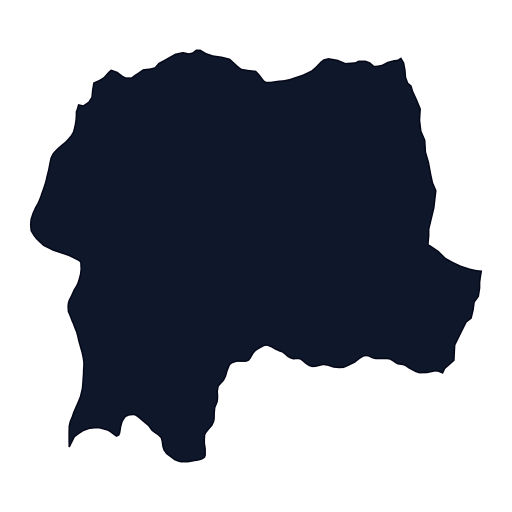 Tsirangtoe, Chirang, Bhutan (Robinson projection)
{"feature_id": "84629894B69953247245699", "entity_name": "Tsirangtoe", "entity_type": "district", "adm_level": 2, "iso_a3": "BTN", "parent_name": "Bhutan", "parent_adm1": "Chirang", "projection": "robinson", "projection_center": [90.098, 27.057], "detail": "fine", "context": "isolated", "style": "filled", "palette": "ink", "viewbox_px": 512, "rotation_deg": 0, "n_neighbors": 0, "source": "geoboundaries", "source_scale": "gbopen_adm2", "svg_char_len": 3713}
<svg xmlns="http://www.w3.org/2000/svg" viewBox="0 0 512 512"><path d="M442.6,372.9L444.7,368.4L453.9,360.3L454.7,345.0L457.8,338.7L462.1,330.0L466.1,322.0L471.1,318.1L473.1,309.8L474.1,302.1L478.3,296.3L479.6,288.0L479.6,282.4L480.3,277.1L481.3,271.2L476.1,270.7L469.1,269.1L460.4,266.2L452.6,262.5L445.2,258.4L438.1,251.4L430.3,246.1L427.9,244.8L428.7,235.6L428.7,229.1L433.8,207.9L435.8,190.7L432.4,182.7L430.6,174.3L428.4,162.4L425.4,152.1L424.7,140.2L420.8,131.2L419.5,120.2L419.9,113.7L420.2,109.0L416.2,99.3L412.5,91.3L411.0,86.1L407.6,83.2L405.5,77.5L404.9,70.1L403.6,63.0L400.9,58.4L398.0,60.3L393.6,60.9L387.7,62.5L382.2,65.4L378.3,66.2L374.0,66.6L369.7,62.9L365.4,61.3L358.7,61.3L355.6,62.9L345.4,63.7L337.5,60.4L328.5,58.8L323.8,60.0L321.1,62.1L316.0,67.4L311.7,71.1L303.1,75.2L289.7,79.7L283.8,80.9L278.7,81.3L270.5,82.5L265.8,82.5L263.5,80.9L258.8,74.7L255.6,71.4L248.2,70.6L241.1,69.4L237.4,66.5L229.6,59.3L221.7,57.3L212.7,56.0L205.7,53.6L200.2,50.3L196.3,50.3L192.7,53.1L188.8,54.0L182.9,52.7L175.5,54.3L169.6,57.6L164.5,60.5L159.0,63.4L155.1,67.9L150.4,69.1L143.3,69.9L138.6,73.2L134.7,75.7L131.6,78.1L125.7,78.1L122.5,76.5L117.1,72.4L111.2,70.3L108.8,72.4L104.1,77.7L99.4,80.6L93.9,83.0L92.7,90.0L92.0,97.4L88.8,102.3L83.3,106.0L78.6,104.9L77.4,109.2L76.4,111.8L76.4,115.4L76.1,119.9L75.4,124.5L74.5,128.5L73.6,132.0L71.5,135.6L68.6,139.1L65.7,142.2L62.0,145.2L58.4,148.3L55.1,151.6L53.1,154.0L51.1,158.1L50.0,163.3L48.7,170.1L47.1,176.3L46.4,179.6L45.4,183.4L44.1,187.3L43.2,190.0L42.3,192.4L41.5,194.7L40.9,196.7L39.2,200.9L37.9,203.8L35.7,207.5L34.4,210.5L33.2,213.0L31.1,219.4L30.7,225.2L31.2,230.7L34.0,235.3L36.5,238.6L39.6,241.6L43.7,245.4L47.4,247.2L53.4,250.2L58.9,252.0L65.2,254.1L69.2,255.5L72.5,257.1L76.3,259.0L79.3,260.5L80.9,262.3L81.0,265.7L81.2,269.0L80.6,274.2L79.4,278.7L78.3,282.4L76.8,285.8L74.3,289.8L71.4,296.2L69.5,299.8L68.5,302.8L68.1,306.4L68.4,311.4L70.7,316.8L72.0,320.4L73.6,324.0L74.9,327.6L76.7,332.0L77.7,335.6L78.6,339.8L80.9,348.1L82.2,352.6L83.3,357.9L83.9,362.1L83.9,365.7L83.6,370.1L83.5,374.3L83.1,379.9L82.8,384.7L82.3,389.1L80.5,396.6L78.5,401.6L73.7,412.6L72.4,416.6L70.3,421.6L69.3,425.8L69.1,431.9L69.1,438.8L69.2,447.0L74.3,436.7L77.7,434.1L83.0,430.6L89.2,428.3L95.2,427.7L99.4,427.7L108.0,430.1L110.7,431.8L112.5,433.2L116.5,436.1L118.7,435.0L119.6,432.9L120.6,426.7L121.9,421.9L123.1,419.6L125.3,416.5L128.8,414.9L131.1,414.7L133.3,414.4L135.9,415.1L139.4,417.7L141.1,419.2L148.8,425.7L152.0,430.2L154.6,432.2L158.5,434.8L161.4,437.8L162.3,441.6L162.9,446.2L164.1,450.0L166.7,453.6L174.9,459.7L178.6,461.1L180.9,461.7L188.0,461.7L194.5,460.5L197.4,460.1L200.6,459.3L202.5,458.5L204.5,457.1L205.2,455.0L205.1,448.2L204.3,443.4L204.3,439.6L204.6,434.7L205.8,432.4L208.7,428.8L211.7,425.4L213.5,421.6L214.1,418.7L214.2,413.2L214.7,407.6L217.1,401.7L217.5,398.5L217.5,394.7L217.2,391.6L218.1,386.1L223.4,380.2L224.9,377.4L226.1,374.1L226.6,372.0L227.5,369.4L229.5,364.6L231.7,362.8L235.3,361.5L237.4,361.1L243.5,361.2L246.2,361.1L248.5,360.1L250.1,358.1L253.0,353.1L255.1,350.7L257.3,349.1L259.2,348.0L263.2,345.8L265.2,345.1L267.3,345.1L269.8,346.0L272.4,347.2L275.5,349.1L277.5,349.9L279.3,350.8L282.4,351.8L285.3,354.0L287.9,356.4L290.2,357.7L293.5,358.8L295.8,358.5L298.8,358.5L300.9,359.1L304.1,361.7L305.9,363.3L309.3,365.5L312.1,366.4L315.2,366.3L323.2,364.4L327.9,365.1L330.3,365.9L333.6,367.0L339.1,367.5L343.4,367.3L345.9,366.3L354.5,362.2L359.3,358.4L363.1,356.0L365.8,355.5L368.5,355.8L372.8,357.8L375.7,358.5L387.1,358.5L390.2,359.0L393.3,360.9L395.6,362.5L397.9,363.8L402.9,364.5L405.4,365.3L409.2,368.0L416.0,371.6L419.6,372.7L426.9,372.5L434.5,370.9L438.0,371.0L442.6,372.9Z" fill="#0f172a" stroke="#020617" stroke-width="1.5"/></svg>